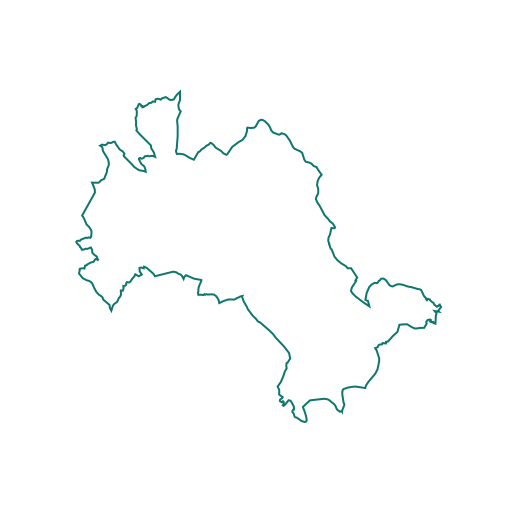 Xochiatipan, Hidalgo, Mexico, rotated 119°
{"feature_id": "50627088B51717309851440", "entity_name": "Xochiatipan", "entity_type": "district", "adm_level": 2, "iso_a3": "MEX", "parent_name": "Mexico", "parent_adm1": "Hidalgo", "projection": "natural_earth1", "projection_center": [-98.279, 20.863], "detail": "fine", "context": "isolated", "style": "outline", "palette": "teal", "viewbox_px": 512, "rotation_deg": 119, "n_neighbors": 0, "source": "geoboundaries", "source_scale": "gbopen_adm2", "svg_char_len": 6110}
<svg xmlns="http://www.w3.org/2000/svg" viewBox="0 0 512 512"><g transform="rotate(119 256 256)"><path d="M205.7,95.0L205.7,96.5L206.5,98.7L208.0,105.5L209.0,108.0L210.0,113.6L211.0,116.6L212.3,118.7L216.6,122.0L216.9,124.9L214.2,130.5L213.9,133.5L215.3,135.6L217.3,135.9L218.3,136.6L219.7,136.5L221.0,136.9L222.0,139.2L224.8,141.0L228.2,141.9L234.6,141.3L241.3,139.1L241.1,136.2L245.1,132.4L244.5,139.7L243.1,149.2L241.8,153.7L240.5,156.0L237.1,156.9L229.3,156.3L229.2,157.2L225.8,157.0L220.6,166.9L222.3,169.8L221.3,172.5L221.1,178.0L220.2,182.7L218.5,187.1L213.5,193.1L213.5,194.1L210.5,197.5L210.4,197.3L209.3,198.2L208.1,199.9L205.1,201.4L201.4,201.7L195.0,203.6L193.7,200.8L192.9,200.7L192.2,201.3L190.4,204.6L189.8,208.4L188.7,210.6L187.0,215.9L181.4,224.4L179.3,228.5L177.1,231.3L174.7,231.9L171.7,231.9L170.0,232.5L167.0,234.2L164.4,237.0L160.6,238.4L157.1,238.7L154.4,238.3L153.9,237.9L153.1,238.0L150.3,243.9L148.8,246.2L149.4,249.0L148.3,252.3L148.5,254.9L149.5,258.1L148.2,260.6L143.4,265.6L143.0,267.7L143.5,274.3L142.9,276.2L138.7,282.3L135.9,288.0L135.6,290.2L136.3,293.3L137.6,293.7L138.8,294.7L139.7,300.9L138.7,303.7L136.9,305.8L135.1,308.8L133.8,313.8L133.8,316.4L134.6,317.8L136.6,319.1L143.0,319.1L144.7,319.8L146.8,323.0L147.8,325.7L148.5,325.8L150.8,324.5L156.1,323.4L158.6,323.7L161.5,324.3L164.3,326.2L172.1,329.7L181.1,330.5L181.9,331.0L182.0,334.3L181.0,337.5L180.8,343.8L179.3,347.2L178.9,350.2L179.2,350.9L181.5,351.3L183.7,352.9L185.9,353.5L189.3,355.4L191.7,355.8L193.2,356.9L201.9,357.0L202.3,361.1L202.1,366.6L202.3,369.0L203.6,372.3L205.1,374.7L203.6,376.4L202.3,377.2L201.0,377.2L189.2,382.6L180.7,387.3L176.4,390.3L174.5,391.2L166.0,392.0L165.2,394.1L163.6,395.7L161.3,397.3L156.4,398.1L149.2,402.1L153.3,403.4L156.6,403.8L158.5,403.6L159.0,403.9L160.9,406.1L161.2,408.0L160.8,409.8L160.8,412.0L164.1,414.9L165.4,415.1L165.8,417.4L166.8,419.1L167.6,419.8L170.0,419.0L170.9,421.2L172.7,421.8L174.2,423.7L176.6,424.3L179.0,426.2L180.2,426.5L181.0,427.5L180.0,428.0L180.3,429.5L179.4,430.3L179.5,431.9L180.2,432.1L184.2,431.7L185.6,432.5L186.9,430.6L188.3,429.8L191.2,428.3L193.5,428.3L197.1,425.7L199.7,424.5L202.9,421.6L204.2,421.5L205.9,416.7L210.2,401.6L212.6,399.8L214.9,395.6L218.2,392.3L218.3,394.3L219.2,396.1L220.5,397.6L221.0,399.5L222.9,401.7L224.1,401.6L225.9,402.7L226.5,403.5L226.4,404.9L227.5,405.6L228.2,405.2L231.1,400.9L231.8,397.3L232.3,396.5L234.0,394.6L235.8,393.3L236.0,395.1L237.7,400.0L237.1,406.0L236.1,408.5L232.8,419.9L232.1,420.6L230.5,420.6L230.2,420.9L229.2,423.2L228.9,426.9L226.1,432.7L224.5,434.9L225.1,436.0L227.1,437.3L227.9,438.4L228.6,440.4L230.2,440.6L232.1,441.5L233.2,444.6L235.1,445.8L235.2,443.6L236.2,442.3L237.1,441.9L238.5,440.5L243.2,432.3L245.5,430.2L247.9,428.8L252.4,428.3L254.7,427.2L262.2,426.2L264.6,428.1L267.8,429.0L268.5,429.6L271.3,435.0L275.9,429.3L278.7,427.6L304.9,427.7L306.3,424.9L310.5,419.6L311.5,416.0L313.5,412.5L314.7,411.5L319.0,409.6L320.5,409.8L320.8,411.3L321.9,412.2L322.5,413.8L326.4,416.9L328.1,417.4L328.9,419.0L329.8,419.9L330.8,420.0L331.7,418.8L332.8,414.8L333.6,414.0L334.0,412.3L335.0,411.4L334.0,409.9L332.2,408.5L331.5,406.9L328.6,404.6L330.2,402.2L332.5,400.8L333.5,397.3L333.5,395.9L334.1,394.4L335.2,393.5L336.2,391.6L336.1,394.5L336.7,395.0L339.8,395.3L342.0,397.5L345.4,399.6L346.3,399.6L347.2,400.8L350.1,400.0L350.1,400.6L352.3,403.7L353.2,403.9L353.8,403.3L356.7,402.5L357.3,402.0L359.4,396.7L359.3,392.3L358.8,390.3L358.7,388.3L359.1,386.6L359.7,385.5L362.1,382.4L364.9,378.1L366.0,374.6L366.2,371.4L366.7,370.0L368.2,368.5L369.8,360.4L372.4,358.5L374.0,356.0L368.9,357.1L366.6,356.7L363.5,355.2L359.2,355.6L358.1,355.2L355.6,355.2L351.7,357.5L351.2,356.7L351.0,355.7L349.3,355.9L346.6,357.4L346.6,356.6L344.0,355.6L342.6,356.4L341.4,356.2L340.7,354.2L339.2,353.4L336.5,353.3L332.7,352.5L330.5,352.7L330.6,348.8L327.6,346.9L325.9,350.2L322.9,352.2L321.6,350.5L321.2,348.2L319.6,348.7L319.4,345.8L320.9,338.7L321.5,336.7L322.7,334.6L309.9,320.9L308.9,317.8L309.1,315.2L308.8,313.0L309.2,311.3L311.2,308.2L309.2,308.6L306.7,307.9L305.9,299.3L303.5,292.2L304.3,291.8L310.6,291.1L313.5,290.1L314.7,289.3L316.3,289.0L317.9,287.6L316.6,285.5L315.6,282.9L314.3,282.6L314.4,281.5L313.3,280.6L313.1,279.5L311.1,276.3L310.1,274.0L310.4,271.6L311.4,269.3L312.8,267.2L315.0,265.3L311.3,262.7L307.9,259.6L306.6,257.8L305.1,254.6L303.7,253.0L302.3,252.5L299.9,250.5L299.1,250.2L297.6,248.5L298.4,248.5L301.7,244.7L305.0,239.2L306.4,237.5L309.8,229.9L311.0,225.5L312.3,222.7L312.2,219.8L314.7,208.1L316.0,203.3L317.9,199.1L321.6,187.5L324.8,180.1L329.1,176.4L334.2,176.7L334.9,177.3L337.2,176.4L339.4,174.7L342.8,174.8L348.6,173.7L354.3,173.2L359.7,173.8L361.8,170.8L366.0,168.5L366.5,164.2L367.6,164.2L369.9,165.3L371.1,165.0L371.4,164.3L371.4,162.6L369.9,162.0L370.0,161.4L370.8,160.6L372.3,160.1L373.6,160.2L373.7,159.3L371.8,158.5L366.4,157.6L365.9,155.8L366.2,154.8L368.9,150.6L369.9,149.4L371.9,148.4L372.1,148.9L373.3,149.1L374.8,148.6L375.3,147.0L377.8,144.3L378.0,143.4L377.6,142.1L378.2,136.5L377.7,133.0L376.8,132.1L375.3,131.9L372.8,133.7L369.4,137.0L365.3,141.8L356.1,138.8L347.9,127.3L346.9,124.8L346.5,122.8L347.7,115.9L348.6,113.8L350.7,111.2L351.3,109.6L351.2,108.2L351.6,107.3L350.0,105.9L350.4,105.2L349.0,105.8L344.1,106.4L342.8,106.9L341.7,108.4L335.4,113.3L333.1,114.6L331.0,115.2L329.8,114.8L326.3,111.6L323.0,107.3L321.9,105.6L318.5,96.4L315.9,97.0L311.6,96.7L301.1,94.6L296.1,94.8L288.5,97.2L285.8,98.6L280.0,104.8L278.8,107.1L276.8,105.4L274.7,105.6L273.5,104.9L272.1,102.9L270.8,103.1L269.5,100.0L268.0,100.7L266.9,99.1L259.6,97.5L253.9,95.5L246.6,97.2L244.5,94.2L242.4,90.5L242.7,85.3L242.4,81.9L240.7,79.2L239.8,78.4L237.3,74.1L232.3,74.0L231.1,75.2L228.8,74.9L227.2,73.0L227.3,71.8L228.9,72.0L228.9,70.6L227.7,69.0L228.7,68.2L228.2,66.2L221.4,69.6L218.5,70.4L217.5,73.1L216.0,68.9L215.6,70.2L211.2,69.4L210.6,69.6L210.3,70.9L209.4,71.7L209.7,72.1L210.2,71.9L211.4,72.3L211.7,72.9L212.7,73.2L212.0,76.7L210.9,78.1L211.0,79.3L210.3,82.4L209.8,82.8L210.0,84.8L211.8,85.0L211.1,86.7L210.5,86.9L209.5,89.8L205.7,95.0Z" fill="none" stroke="#0f766e" stroke-width="2"/></g></svg>